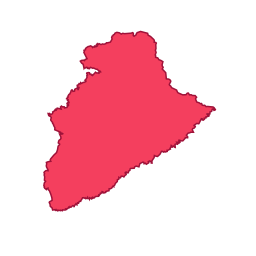 outline of Alvarado, Tolima, Colombia, rotated 13°
{"feature_id": "7082276B11869280897475", "entity_name": "Alvarado", "entity_type": "district", "adm_level": 2, "iso_a3": "COL", "parent_name": "Colombia", "parent_adm1": "Tolima", "projection": "albers", "projection_center": [-75.005, 4.576], "detail": "fine", "context": "isolated", "style": "filled", "palette": "rose", "viewbox_px": 256, "rotation_deg": 13, "n_neighbors": 0, "source": "geoboundaries", "source_scale": "gbopen_adm2", "svg_char_len": 5715}
<svg xmlns="http://www.w3.org/2000/svg" viewBox="0 0 256 256"><g transform="rotate(13 128 128)"><path d="M91.9,42.0L91.7,43.5L92.5,44.9L91.5,48.3L88.7,49.7L87.8,49.8L87.4,50.8L85.7,51.8L84.3,51.8L82.9,52.8L80.8,52.3L80.1,53.4L79.1,52.7L78.6,54.1L79.6,55.0L78.9,55.8L78.0,56.1L77.4,55.3L76.8,55.9L77.0,56.7L75.7,56.9L75.4,57.5L74.3,56.6L72.9,56.4L71.6,57.4L70.9,57.5L69.5,59.0L68.7,60.1L69.0,61.3L67.6,62.2L68.2,63.3L68.0,64.3L72.5,69.7L70.8,70.9L70.5,72.1L69.5,71.9L67.5,72.6L66.5,73.6L68.2,75.2L70.0,76.0L71.8,79.9L72.1,79.2L73.3,79.0L73.7,78.2L75.3,78.2L75.3,79.0L77.1,78.9L77.5,77.6L77.9,77.3L80.2,77.7L81.0,77.3L83.7,77.9L85.1,77.7L86.1,78.7L88.3,79.0L88.7,79.5L87.1,80.2L87.4,81.2L87.2,81.3L86.2,81.1L85.1,81.5L83.8,80.9L82.8,82.9L81.7,84.0L81.9,84.6L81.6,84.9L80.4,84.6L79.8,83.8L78.6,84.0L78.0,82.8L76.8,82.9L75.5,83.6L75.5,84.3L76.7,85.4L76.1,86.2L76.7,87.8L76.0,90.3L75.3,91.1L76.4,91.6L76.5,92.2L74.8,93.5L74.1,93.6L72.7,95.0L71.6,94.4L71.4,95.9L70.3,95.8L70.1,97.1L69.0,97.6L68.9,98.2L69.5,99.2L71.1,99.5L70.9,101.7L70.6,101.8L69.5,100.4L67.4,102.3L67.6,104.1L66.1,104.7L65.2,103.5L64.6,103.6L64.2,104.3L64.1,106.4L63.7,107.1L63.7,107.9L62.9,108.6L62.4,110.1L62.7,111.3L62.1,111.5L62.1,112.1L61.6,113.3L63.3,113.7L63.5,114.0L62.8,114.6L64.7,116.2L64.7,116.8L63.6,116.9L63.0,117.7L63.4,118.4L64.5,118.5L65.0,119.0L64.8,119.7L63.8,119.9L64.1,120.8L63.9,121.7L61.6,122.7L61.1,121.7L59.4,122.1L58.2,121.6L57.5,122.7L58.6,124.6L55.9,124.5L55.3,124.9L54.6,124.6L54.5,125.3L53.6,125.7L54.1,126.4L54.0,126.9L53.6,127.1L52.8,126.7L52.4,127.9L51.0,129.3L51.3,129.9L51.1,131.0L49.9,132.3L48.2,131.4L47.8,131.6L48.1,132.1L47.0,132.0L47.9,133.6L48.6,133.6L48.5,133.9L50.1,134.4L50.9,135.1L50.8,137.1L51.1,137.9L53.3,139.7L53.5,140.5L54.6,141.3L55.0,142.3L56.7,144.2L57.0,146.2L63.8,147.4L62.4,147.3L62.1,148.1L64.9,147.9L65.7,148.3L65.3,148.7L63.2,149.3L62.9,149.6L64.5,151.7L65.0,153.1L64.7,154.2L63.6,155.5L63.4,156.3L63.4,158.2L64.9,158.9L65.1,159.5L64.0,161.4L64.2,165.1L63.9,168.0L61.8,171.2L59.6,175.5L59.4,176.7L60.3,177.8L57.8,178.8L56.2,179.9L56.8,181.1L56.9,183.3L57.5,184.5L59.4,186.6L59.7,187.6L58.4,187.7L57.6,188.0L56.4,189.5L56.2,190.5L57.0,191.4L56.8,192.6L57.8,194.3L58.3,197.7L59.7,198.4L58.8,200.4L59.0,203.2L59.7,203.8L59.6,204.5L60.4,205.4L62.2,206.3L62.2,205.5L63.6,204.6L63.9,205.9L65.4,206.7L67.6,209.8L69.6,213.3L70.3,215.6L68.1,217.6L68.0,218.3L69.3,220.0L69.8,221.7L72.1,223.1L73.0,224.9L74.9,224.1L75.7,224.6L76.2,223.7L76.8,224.3L77.3,224.0L77.9,224.5L78.5,223.8L79.1,224.1L80.5,223.3L81.0,223.7L81.7,223.2L82.7,223.3L82.7,222.5L85.1,222.1L86.0,221.5L85.6,220.9L86.6,220.9L86.6,220.4L87.7,219.7L88.0,218.5L88.8,218.8L89.1,217.7L89.7,218.1L90.4,217.9L91.6,216.0L92.7,216.0L93.0,216.7L93.3,216.6L93.2,215.7L93.7,214.8L94.7,214.4L94.5,213.9L95.3,214.2L95.0,213.5L95.6,213.3L95.6,212.6L96.7,212.5L96.8,212.2L96.3,211.9L96.8,211.7L97.1,210.5L98.4,210.1L98.3,209.4L98.9,208.3L99.4,206.2L100.4,205.9L101.1,206.3L101.9,205.6L102.8,206.4L103.7,205.7L104.0,204.8L104.5,205.8L105.7,205.4L106.3,206.0L106.1,204.6L107.4,205.0L108.0,204.3L108.4,204.4L108.5,205.2L109.7,204.3L109.3,203.5L111.0,203.6L111.6,202.1L114.6,201.2L114.5,199.9L115.2,200.1L115.3,199.1L116.0,198.5L115.8,197.7L117.1,197.3L117.0,195.8L117.9,195.8L118.5,196.7L119.0,196.8L120.8,195.8L120.5,195.1L121.0,194.6L123.6,193.4L123.3,191.4L124.5,191.2L125.7,190.1L126.3,188.2L127.3,188.4L127.0,187.7L127.8,186.9L128.2,184.7L129.6,182.6L129.3,180.7L130.5,180.1L130.2,178.1L131.2,178.5L131.9,178.2L132.2,176.5L133.8,176.2L135.0,176.6L135.7,174.9L136.7,173.8L136.5,173.3L135.4,172.5L135.3,172.0L136.1,171.3L137.2,171.9L138.4,171.5L138.2,170.1L139.4,168.8L139.2,167.6L139.5,166.9L143.1,165.8L143.2,164.4L144.5,163.3L147.4,163.4L147.6,160.0L150.2,157.9L151.0,157.9L151.7,159.2L152.7,158.4L154.0,159.2L156.0,157.3L156.1,156.8L155.4,156.1L156.6,155.2L158.0,155.6L158.5,156.9L159.3,156.8L158.7,154.6L160.1,151.0L159.9,148.9L161.4,149.2L163.2,149.1L165.0,146.5L165.9,143.2L166.5,143.0L168.0,143.5L168.6,142.7L169.5,143.1L171.5,142.0L171.1,140.9L171.9,140.7L174.0,139.0L173.5,138.4L174.1,137.1L174.0,135.2L174.8,135.5L175.3,136.7L175.7,136.6L176.5,135.3L178.0,136.3L178.4,136.3L177.5,133.4L178.6,132.7L179.9,132.7L180.1,132.1L178.7,130.9L180.2,130.6L181.1,131.2L181.9,130.2L181.6,129.2L180.6,129.4L180.3,128.5L181.1,128.3L183.0,128.5L184.3,128.2L186.0,125.2L186.0,124.5L188.3,124.1L188.2,123.2L186.5,121.8L187.8,119.4L189.3,118.8L190.1,118.0L192.7,117.4L191.0,115.2L191.2,114.0L192.5,113.2L193.3,111.6L193.1,111.2L191.8,110.9L191.8,110.4L194.1,108.0L195.5,108.1L196.1,107.8L197.4,102.4L198.3,102.4L198.6,103.4L199.6,103.4L200.5,102.2L200.0,101.4L201.7,100.6L201.5,99.5L202.2,99.4L204.2,98.1L204.1,97.4L202.8,97.6L202.3,96.8L201.2,96.6L204.6,95.8L204.3,93.9L205.7,93.0L205.9,90.6L206.8,90.3L207.8,91.5L208.8,90.9L209.0,90.4L207.2,88.8L206.2,88.4L200.7,89.1L199.2,89.6L197.6,88.6L196.1,89.1L195.1,89.0L194.6,88.0L194.0,87.6L193.1,88.1L191.6,87.4L189.3,87.3L187.8,85.4L187.2,84.0L187.9,82.6L186.1,81.3L183.5,81.8L182.1,81.4L180.4,81.9L179.0,80.4L178.4,80.5L177.8,80.9L177.0,82.5L173.9,83.4L169.0,82.5L168.2,82.0L166.8,80.1L161.4,78.9L160.1,77.5L158.9,77.0L158.4,76.2L159.2,73.2L158.8,72.2L157.8,71.5L156.6,71.2L154.3,71.5L152.3,65.6L148.1,62.8L148.6,60.9L147.5,60.0L147.0,58.8L147.1,55.5L144.6,54.7L142.8,54.5L141.2,53.0L139.0,52.9L138.7,51.4L138.1,50.7L138.4,48.1L137.2,46.1L137.4,44.4L136.3,40.5L136.5,38.9L135.8,38.4L134.2,38.5L134.0,37.0L133.4,36.1L129.3,33.7L126.8,33.1L125.8,31.3L118.5,31.1L115.5,33.0L115.0,34.0L114.9,35.4L113.3,37.2L112.4,36.8L111.9,34.5L111.1,34.0L109.7,34.9L103.3,36.9L101.6,36.9L100.3,38.0L98.2,37.2L95.6,37.3L94.0,38.5L93.6,39.9L92.7,40.6L92.5,41.6L91.9,42.0Z" fill="#f43f5e" stroke="#9f1239" stroke-width="1.5"/></g></svg>